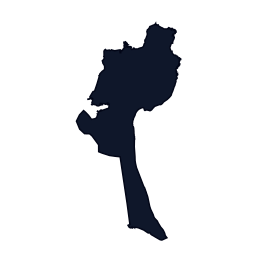 the district of Vigie, Castries, Saint Lucia, rotated 97°
{"feature_id": "8701671B50549026935963", "entity_name": "Vigie", "entity_type": "district", "adm_level": 2, "iso_a3": "LCA", "parent_name": "Saint Lucia", "parent_adm1": "Castries", "projection": "albers", "projection_center": [-60.999, 14.02], "detail": "fine", "context": "isolated", "style": "filled", "palette": "ink", "viewbox_px": 256, "rotation_deg": 97, "n_neighbors": 0, "source": "geoboundaries", "source_scale": "gbopen_adm2", "svg_char_len": 5608}
<svg xmlns="http://www.w3.org/2000/svg" viewBox="0 0 256 256"><g transform="rotate(97 128 128)"><path d="M232.2,76.0L230.1,78.0L228.9,78.4L227.6,79.0L225.0,80.7L223.9,81.8L222.5,83.4L218.7,86.4L216.8,87.6L214.3,90.6L213.1,91.5L210.9,92.5L206.0,95.6L203.0,97.0L194.4,99.9L193.0,100.5L190.2,101.9L189.5,102.1L188.5,102.8L187.8,103.0L185.1,104.4L184.3,105.2L166.3,114.8L162.4,116.2L159.6,117.0L155.6,117.6L145.9,119.5L139.2,120.2L138.0,120.0L137.5,120.5L136.1,120.4L134.6,121.1L134.0,121.1L132.4,121.5L130.8,121.7L127.3,122.4L126.1,122.9L125.8,123.4L125.6,123.5L124.7,123.8L124.1,123.8L123.3,124.1L122.5,124.2L121.8,124.1L120.4,124.2L118.9,123.8L117.6,123.7L114.4,122.6L112.8,122.4L110.5,121.5L110.1,121.1L109.4,120.8L107.8,119.3L106.4,117.1L106.0,116.2L106.0,115.3L106.3,114.7L106.8,114.3L108.0,114.0L108.4,113.6L108.5,113.3L108.0,112.4L107.7,111.1L107.9,110.4L108.0,108.9L108.2,108.3L107.3,107.0L106.8,106.6L105.4,105.8L104.4,104.9L103.4,104.5L100.9,99.7L100.8,98.3L99.5,96.9L97.9,96.0L94.9,92.6L92.6,90.7L90.3,89.2L88.0,88.8L85.7,88.1L81.2,87.2L80.3,86.8L78.0,86.5L76.6,86.2L75.8,86.1L74.2,86.5L73.9,86.3L73.6,85.9L72.6,85.3L72.2,85.4L71.2,86.0L69.9,86.2L69.6,85.6L69.3,85.9L68.7,86.1L68.6,85.3L68.1,85.5L67.6,85.5L67.6,86.1L67.9,86.4L67.5,86.8L66.6,86.9L65.5,86.3L66.2,86.9L64.0,87.5L63.1,87.5L62.8,87.1L62.8,86.5L62.2,86.1L61.9,86.1L62.1,86.3L62.2,86.9L61.6,87.1L61.2,86.6L61.1,86.0L60.8,85.7L60.9,86.2L60.6,86.1L60.6,86.3L60.4,86.3L59.9,85.7L59.5,85.5L59.3,84.9L58.3,84.2L58.3,83.8L58.0,84.5L58.3,85.0L58.3,85.4L57.4,85.4L56.9,85.2L55.6,85.3L55.3,85.0L54.6,85.2L54.3,84.8L54.3,85.1L54.0,85.0L53.6,85.3L53.3,85.1L53.6,84.7L53.3,84.4L52.8,84.3L52.7,84.8L52.8,85.8L52.5,86.0L52.2,85.9L52.4,86.7L51.6,87.0L51.5,87.4L51.0,87.5L50.6,88.3L50.6,89.1L50.0,89.5L50.1,89.8L50.3,89.7L50.3,89.9L50.0,90.1L50.1,91.1L49.8,91.3L49.7,91.7L49.2,92.4L47.4,93.7L46.5,93.6L46.5,94.0L46.9,94.1L47.0,93.9L47.0,94.1L45.8,95.1L43.8,96.1L43.1,96.3L38.8,95.4L38.3,95.0L38.5,94.4L38.2,94.0L37.9,94.2L38.2,94.6L36.9,94.1L35.3,93.9L34.7,93.5L34.3,93.6L33.9,93.3L32.6,93.1L32.2,93.2L31.4,94.2L31.2,94.2L31.0,93.8L30.5,94.0L30.8,95.0L30.1,94.7L29.7,95.0L29.2,94.7L28.9,93.4L28.4,92.7L28.1,92.7L27.4,93.2L26.8,93.0L26.5,92.7L26.6,92.3L27.0,92.1L26.9,91.9L25.5,92.5L25.3,92.9L25.6,93.9L25.5,94.5L25.0,94.7L24.7,94.4L24.7,95.0L23.8,96.3L24.3,96.6L24.1,97.1L24.3,97.2L25.4,96.8L25.3,97.0L24.8,97.4L25.0,97.6L24.8,97.9L24.0,98.2L23.4,99.8L23.7,100.1L24.2,100.2L24.5,100.0L24.6,101.0L25.0,101.4L25.0,101.7L25.3,102.1L25.1,102.4L25.3,104.8L24.6,105.7L24.2,107.3L23.3,109.4L22.5,110.7L21.9,110.7L21.9,110.8L22.3,111.6L22.3,112.2L22.1,112.4L21.8,112.5L21.7,113.1L20.9,113.3L22.2,113.9L22.1,114.3L22.8,115.2L23.3,116.4L23.7,116.7L23.9,117.3L24.2,117.6L24.3,118.1L24.6,118.6L24.9,118.8L25.5,118.9L26.1,118.6L26.5,119.4L26.7,119.5L27.3,119.4L27.8,120.4L28.2,120.7L30.1,121.0L31.6,120.4L33.4,120.2L35.2,120.7L37.2,121.1L38.3,121.8L39.2,121.9L39.8,121.9L40.0,121.6L40.4,121.4L41.4,121.5L42.7,122.2L44.8,122.5L46.2,123.4L47.5,126.6L48.3,127.8L48.7,129.3L48.8,129.5L48.5,129.7L48.6,130.0L48.9,130.1L48.9,131.5L48.2,131.5L47.9,131.9L48.7,132.4L48.9,132.9L49.4,133.3L49.6,133.9L49.4,134.3L48.8,134.6L48.5,134.9L47.5,134.4L47.0,135.0L46.9,135.4L47.4,136.5L46.7,137.2L46.7,137.4L47.2,138.0L47.9,138.1L47.9,138.3L47.5,139.2L47.1,139.3L46.1,138.9L45.5,139.1L45.2,138.5L44.8,139.8L44.2,139.6L44.7,139.2L44.2,139.1L42.7,141.1L43.0,141.5L43.5,140.7L43.6,141.2L44.3,140.7L44.6,141.5L44.3,142.0L43.8,142.2L44.0,141.7L43.5,141.9L43.4,141.6L43.2,141.9L43.6,142.4L44.0,142.5L45.0,141.5L44.9,142.1L44.6,142.5L45.3,141.7L45.7,141.8L46.5,141.4L46.7,141.5L46.8,141.9L47.7,141.7L48.1,140.9L48.4,140.8L49.0,141.7L49.8,141.9L50.0,142.3L50.5,142.3L50.9,142.7L51.8,142.9L52.1,143.6L52.0,144.0L53.2,144.2L53.5,144.7L54.2,144.5L54.2,145.1L53.0,145.5L52.5,145.2L52.0,144.6L51.7,144.5L51.4,144.8L51.6,146.1L53.0,150.7L52.8,151.6L52.8,152.6L52.4,153.8L53.3,154.9L53.3,155.6L52.9,156.0L53.7,158.8L52.8,160.0L53.6,160.8L54.7,161.2L59.4,160.5L59.8,160.8L61.4,159.9L61.7,160.2L62.6,160.3L64.5,161.7L65.1,161.3L66.7,160.8L68.7,159.2L69.7,158.7L72.4,158.4L73.6,159.0L74.8,160.4L77.5,162.4L79.3,162.8L79.6,163.2L79.8,163.2L80.3,162.8L88.2,164.1L95.3,165.6L95.7,166.0L96.0,166.9L96.4,167.3L101.7,169.6L102.3,169.0L103.9,170.1L104.1,171.2L104.4,171.2L104.2,170.1L102.4,168.9L103.3,169.2L103.6,168.4L103.7,167.9L102.7,167.5L103.0,166.7L105.2,166.5L107.5,166.9L108.3,166.4L109.2,166.9L109.4,166.5L108.5,165.9L108.9,164.5L108.7,164.3L108.9,162.9L109.7,161.4L109.6,160.0L109.3,159.3L108.7,158.4L107.8,158.5L107.8,158.8L106.9,158.5L106.9,156.5L107.8,156.4L107.9,157.0L108.2,157.0L108.0,156.2L106.9,156.4L106.7,153.5L107.2,153.4L107.0,152.6L106.7,152.6L106.7,151.6L105.7,151.6L105.6,151.1L107.3,151.0L107.3,150.8L106.8,150.8L106.7,149.5L110.7,149.5L111.3,150.8L110.6,151.0L111.3,150.9L113.9,156.1L112.9,156.8L114.0,156.3L114.6,157.5L114.0,157.7L114.1,157.8L114.7,157.6L115.0,158.2L114.9,158.3L115.3,158.9L114.9,160.3L115.3,160.4L115.8,159.1L116.5,159.4L117.6,159.5L117.8,160.1L118.3,159.7L121.5,160.4L121.9,160.7L122.9,162.1L123.9,165.3L120.3,168.7L117.6,172.0L116.1,174.2L120.9,177.7L127.5,180.0L135.0,175.8L138.9,170.4L138.4,165.4L140.3,162.6L148.3,155.1L155.1,154.2L156.1,150.4L157.5,143.0L157.6,136.8L157.5,132.3L203.6,119.5L222.9,114.5L223.1,114.3L223.4,114.8L224.3,115.4L224.6,116.1L226.1,115.0L226.6,114.2L226.8,113.0L225.7,112.0L226.7,111.5L225.9,110.3L225.8,109.5L226.0,109.3L225.8,109.3L225.6,107.6L225.8,105.5L227.3,100.0L229.6,95.5L229.7,94.8L229.1,93.6L230.2,92.9L231.1,91.6L234.9,82.7L235.1,81.3L235.0,80.6L232.2,76.0Z" fill="#0f172a" stroke="#020617" stroke-width="1.5"/></g></svg>